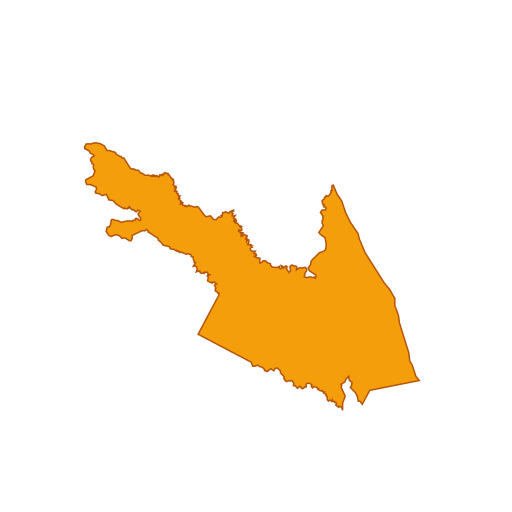 outline of Manicoré, Amazonas, Brazil, rotated 118°
{"feature_id": "56859067B26711043280922", "entity_name": "Manicoré", "entity_type": "district", "adm_level": 2, "iso_a3": "BRA", "parent_name": "Brazil", "parent_adm1": "Amazonas", "projection": "natural_earth1", "projection_center": [-61.559, -6.788], "detail": "fine", "context": "isolated", "style": "filled", "palette": "amber", "viewbox_px": 512, "rotation_deg": 118, "n_neighbors": 0, "source": "geoboundaries", "source_scale": "gbopen_adm2", "svg_char_len": 6161}
<svg xmlns="http://www.w3.org/2000/svg" viewBox="0 0 512 512"><g transform="rotate(118 256 256)"><path d="M253.9,441.5L256.0,439.4L256.4,438.0L261.7,437.5L268.5,442.0L269.9,441.7L272.3,439.1L270.6,435.3L270.2,429.6L271.9,428.1L274.9,428.1L275.7,426.9L274.6,423.7L274.9,420.2L271.8,417.0L275.6,412.3L274.1,408.4L275.9,403.5L276.2,395.2L276.0,394.3L275.3,394.4L274.9,391.8L273.5,390.9L273.1,391.6L271.8,390.9L273.1,388.6L273.2,386.2L272.5,385.8L273.3,383.4L273.2,382.5L271.0,381.7L270.8,379.3L274.1,379.9L275.4,378.7L276.3,376.3L278.1,374.8L278.9,374.9L279.5,376.1L278.7,377.6L278.9,379.3L279.4,379.9L280.7,379.4L282.2,381.3L283.5,381.5L284.0,383.6L286.1,387.0L289.6,390.7L289.6,394.9L290.5,396.3L290.8,399.5L291.9,400.7L297.4,399.0L299.4,399.5L300.3,400.9L304.7,399.8L306.9,395.6L306.8,392.9L304.2,391.0L302.4,388.6L302.4,385.1L303.4,382.6L301.6,380.4L301.9,375.2L301.4,373.6L298.8,373.5L296.0,375.0L287.2,368.5L285.8,365.8L284.1,365.3L284.0,364.5L284.8,362.4L285.4,362.5L286.3,351.0L288.0,349.5L288.3,346.9L290.0,343.0L288.4,337.0L289.1,335.6L290.2,335.4L289.6,335.2L289.8,334.4L288.6,331.5L289.0,329.5L288.3,328.9L288.9,328.3L288.1,327.4L288.7,326.3L287.9,325.7L288.6,324.7L287.7,323.7L287.1,318.2L286.2,317.7L285.4,314.2L286.9,312.9L286.3,311.3L289.2,309.0L289.4,307.9L290.6,307.6L290.4,306.2L294.5,306.5L293.3,305.1L293.5,303.3L295.6,301.6L298.1,301.3L295.8,299.1L295.8,298.2L296.9,297.6L296.9,296.0L295.5,294.4L295.7,293.7L294.5,293.1L294.7,293.9L294.2,293.6L293.3,291.6L294.1,289.9L294.9,289.8L294.4,288.2L296.6,289.6L296.9,288.3L300.7,287.1L300.8,283.6L300.2,282.8L300.6,282.0L298.9,281.6L298.6,280.5L299.0,278.0L299.4,277.6L299.7,278.7L301.4,279.0L303.2,276.2L304.2,276.5L306.0,275.5L305.8,273.8L306.8,272.3L306.1,271.4L307.9,270.4L352.3,270.4L352.0,210.4L354.9,207.1L353.4,204.7L351.6,203.5L351.9,200.6L351.3,198.5L352.0,195.5L353.1,194.7L352.8,191.9L348.7,190.1L348.9,186.3L346.3,186.4L344.9,184.7L345.9,180.7L347.8,179.4L349.4,174.4L351.4,173.7L351.7,172.2L352.4,171.8L352.5,170.0L350.9,168.9L350.4,167.2L349.0,166.0L350.6,162.9L352.9,162.1L352.1,160.6L353.3,157.2L350.5,156.1L350.1,155.1L351.2,154.5L351.5,152.8L349.8,151.6L349.0,151.9L348.0,150.2L345.7,151.6L344.2,150.9L343.2,148.4L343.7,146.0L345.1,146.1L345.9,144.1L344.4,143.7L343.7,142.2L343.8,138.8L344.7,138.7L344.3,138.2L344.9,136.8L344.3,134.2L343.8,134.3L344.4,133.0L344.0,132.1L344.9,132.3L345.0,131.4L345.7,131.9L344.9,130.3L345.2,129.1L346.5,128.8L346.5,127.3L349.4,125.7L349.9,124.5L350.0,123.8L348.4,123.0L348.8,120.8L347.3,121.1L348.3,120.1L347.7,118.6L348.3,117.9L347.6,117.0L348.7,115.6L350.1,115.7L350.6,113.2L350.0,112.8L350.6,112.0L349.2,111.1L349.7,109.2L351.5,107.1L345.4,110.4L337.9,111.4L331.8,119.3L329.9,119.5L329.4,120.7L325.4,118.4L322.7,118.8L318.7,117.7L321.9,115.4L322.5,111.9L325.7,110.8L327.8,111.0L330.1,103.8L332.3,100.7L336.1,97.6L335.4,95.8L337.1,92.6L321.2,92.5L289.3,53.4L287.1,58.4L278.6,67.3L276.6,70.9L269.7,75.7L247.9,97.8L241.4,102.5L234.6,110.2L228.5,113.3L222.9,122.1L219.2,130.8L201.8,161.3L192.5,172.7L188.3,176.4L182.0,188.4L175.4,197.5L167.3,206.0L163.1,213.8L157.1,221.0L157.8,221.8L159.9,221.5L162.1,219.7L163.0,220.6L164.6,219.6L167.7,219.8L169.3,220.4L169.7,222.3L170.4,221.9L172.0,223.1L173.3,222.4L176.1,223.6L178.8,221.6L178.7,219.9L179.7,220.3L180.7,219.3L180.2,217.2L181.6,216.3L182.8,216.4L184.4,219.3L187.3,219.6L189.1,216.0L192.4,213.8L193.8,214.2L196.0,213.0L197.7,210.7L205.7,211.6L206.7,209.2L207.5,203.6L212.8,199.4L217.0,197.7L219.4,198.0L223.3,201.5L232.7,204.5L235.0,204.9L237.7,203.8L242.0,204.3L244.0,201.9L244.7,194.2L246.0,193.2L247.8,193.2L247.2,194.7L248.6,196.0L248.9,198.2L251.4,201.3L251.7,203.7L247.2,204.8L245.4,204.3L243.5,205.3L242.9,207.3L244.9,209.5L246.1,212.3L249.3,213.8L246.2,215.1L247.3,220.4L249.6,221.0L252.7,218.6L255.2,219.2L252.6,223.5L250.9,223.4L250.7,225.0L253.6,226.1L252.6,227.3L252.7,229.2L254.3,227.5L255.9,228.3L255.9,229.3L254.1,230.4L256.2,232.0L258.2,236.5L257.1,239.0L256.0,239.7L256.6,242.6L255.8,245.2L257.0,247.6L259.3,248.0L260.3,249.4L256.1,251.6L257.1,254.3L257.0,257.3L255.3,255.9L254.1,257.1L254.8,259.1L252.0,258.8L253.8,262.0L253.1,263.7L252.2,264.5L250.6,264.4L250.1,263.6L249.3,265.5L248.6,264.7L248.5,266.3L249.9,268.7L246.9,268.8L245.1,270.1L245.7,270.9L247.4,271.1L246.3,271.6L246.0,272.8L245.2,271.7L244.5,273.4L243.1,272.9L242.3,273.4L242.7,277.9L244.3,277.2L245.5,278.3L243.1,279.8L241.9,278.9L242.7,281.3L242.1,283.2L240.9,283.4L240.9,281.2L240.0,280.6L238.1,281.8L237.9,283.6L236.7,282.8L236.9,285.8L235.8,287.5L236.5,290.1L235.7,291.9L235.1,292.3L234.6,291.5L235.0,289.8L233.8,290.1L233.0,291.2L233.2,293.6L230.1,293.4L231.5,294.8L231.8,296.1L229.4,296.2L229.4,297.6L228.7,298.0L226.9,296.8L226.0,297.3L229.0,299.8L231.1,300.0L231.2,303.8L232.1,303.9L233.3,305.8L235.4,304.9L236.6,305.8L236.9,304.8L238.1,304.9L239.1,307.4L242.8,308.3L243.6,310.9L241.9,315.0L244.6,318.4L244.6,319.9L239.9,329.8L240.0,331.3L241.8,333.3L242.2,336.5L243.1,337.8L242.5,339.1L245.0,340.3L244.5,341.7L245.5,342.0L245.0,342.9L245.6,344.0L244.7,345.2L245.4,346.6L243.4,345.6L243.5,347.1L244.3,347.6L243.5,348.0L242.8,347.5L241.9,351.3L240.7,350.4L240.1,351.9L238.7,351.3L239.0,353.4L237.5,354.0L237.9,355.4L237.4,355.9L236.4,355.9L237.1,358.0L235.6,357.5L235.7,358.6L234.0,358.8L233.2,358.2L232.0,359.5L233.3,360.2L232.6,360.4L231.9,362.7L230.2,362.7L227.7,364.5L228.2,365.1L227.0,365.5L227.2,367.1L225.2,370.7L225.4,371.8L224.4,372.2L225.5,375.9L226.5,375.5L227.5,376.9L228.6,376.3L228.7,378.0L229.8,378.3L229.8,379.0L231.1,378.5L232.1,379.2L231.5,379.6L231.8,381.8L232.9,381.8L233.5,383.4L232.5,383.1L232.4,383.6L233.0,385.0L234.5,385.1L234.7,385.7L233.8,385.8L234.9,386.6L234.9,388.7L236.8,391.7L236.4,395.4L236.9,396.9L235.4,400.0L236.5,401.9L236.5,405.0L237.6,406.2L237.5,408.2L231.5,418.7L232.2,420.4L231.4,422.0L232.0,422.9L231.7,427.3L230.7,428.5L230.7,430.6L231.3,431.5L231.6,434.9L232.9,437.0L230.0,441.6L230.0,446.4L231.1,450.2L232.4,452.4L234.3,454.0L236.7,458.5L240.0,458.6L241.6,457.7L241.5,452.8L243.0,450.5L242.9,447.3L243.5,445.9L246.1,447.4L248.7,447.4L249.8,446.3L249.7,445.5L251.3,444.4L251.5,442.2L253.9,441.5Z" fill="#f59e0b" stroke="#b45309" stroke-width="1.5"/></g></svg>